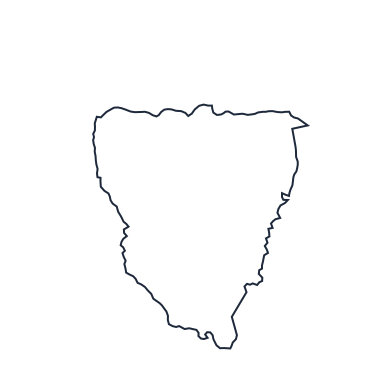 outline of Vitor Meireles, Santa Catarina, Brazil, rotated 305°
{"feature_id": "56859067B65330476099090", "entity_name": "Vitor Meireles", "entity_type": "district", "adm_level": 2, "iso_a3": "BRA", "parent_name": "Brazil", "parent_adm1": "Santa Catarina", "projection": "robinson", "projection_center": [-49.846, -26.816], "detail": "fine", "context": "isolated", "style": "outline", "palette": "slate", "viewbox_px": 384, "rotation_deg": 305, "n_neighbors": 0, "source": "geoboundaries", "source_scale": "gbopen_adm2", "svg_char_len": 2483}
<svg xmlns="http://www.w3.org/2000/svg" viewBox="0 0 384 384"><g transform="rotate(305 192 192)"><path d="M199.0,70.9L195.9,71.9L192.6,72.9L189.5,75.3L186.6,77.2L183.0,77.7L180.7,80.3L177.9,81.2L175.0,83.9L172.6,87.1L169.2,89.2L166.1,92.4L162.6,95.2L159.7,97.9L156.8,101.4L152.6,103.6L149.9,106.1L151.2,108.9L148.1,111.0L144.0,114.3L142.7,119.6L142.9,124.4L141.2,127.2L138.5,130.1L137.0,133.7L136.9,138.7L133.5,142.8L131.2,148.0L128.4,153.1L128.2,156.5L127.2,159.9L122.2,157.7L119.5,159.9L118.5,163.9L114.3,162.6L110.9,162.8L107.5,164.1L107.2,167.4L105.4,170.7L102.1,170.1L99.6,173.4L97.6,177.1L94.2,177.9L91.1,181.5L88.2,184.3L88.6,188.3L89.3,192.1L88.5,195.7L86.4,199.5L87.2,203.4L87.2,208.0L86.0,212.3L85.2,217.0L82.4,221.6L82.4,225.7L82.4,229.2L81.9,232.3L80.6,236.1L79.4,239.6L76.8,243.3L73.2,245.7L70.5,248.9L71.0,253.0L72.3,256.4L74.8,258.4L75.5,264.5L78.8,267.9L80.2,271.4L81.6,274.7L80.4,278.2L77.7,279.9L77.1,283.3L78.4,286.1L81.5,288.4L82.8,284.5L85.8,284.8L87.5,287.5L86.5,291.1L83.7,294.0L80.5,299.9L80.1,304.5L82.5,307.7L85.8,313.1L88.5,312.7L92.2,311.7L96.6,312.4L100.5,310.9L112.6,296.2L141.2,294.1L144.7,289.2L148.3,289.7L149.4,292.8L151.9,294.1L153.2,298.7L156.7,298.9L159.3,300.5L162.2,298.7L163.2,293.7L166.5,291.9L169.4,293.3L171.9,291.5L176.2,289.8L181.6,287.4L185.7,289.2L187.8,286.2L189.5,282.6L193.8,282.9L196.4,279.2L200.0,280.9L202.7,278.7L205.7,275.7L208.8,278.6L211.5,274.8L214.5,275.1L217.6,276.0L221.3,279.1L224.0,273.9L227.7,272.5L231.7,272.2L236.4,274.5L240.4,275.1L238.0,271.3L239.5,268.6L242.7,266.4L243.4,270.1L244.4,273.7L247.3,272.3L250.5,271.3L255.1,270.4L259.1,268.3L262.2,266.6L265.1,265.7L268.7,265.7L271.8,264.5L275.0,263.0L277.6,261.1L280.4,257.2L283.1,255.2L285.8,253.2L288.5,250.8L301.3,237.9L312.9,248.6L313.0,236.6L311.6,233.0L311.5,229.3L313.5,225.6L311.0,222.2L308.8,219.9L306.5,216.1L304.5,211.7L302.2,208.5L300.1,206.5L298.2,203.9L295.1,200.5L292.2,198.8L290.2,196.8L287.2,193.5L285.1,188.5L282.4,185.3L279.5,181.9L278.9,175.8L277.1,173.4L274.5,172.6L272.1,171.3L269.4,168.2L269.3,163.9L271.7,161.0L274.2,158.7L272.1,155.8L270.2,151.3L266.7,148.4L261.2,146.9L256.2,146.9L252.1,145.3L253.0,141.3L252.1,136.9L249.3,132.2L247.9,127.8L246.0,124.6L243.5,122.0L239.6,120.8L236.0,120.7L233.5,119.5L232.4,115.9L232.1,111.3L230.7,107.4L228.2,104.2L226.4,101.8L224.7,99.5L222.7,95.6L221.5,90.7L220.2,86.1L218.7,82.7L216.3,79.7L212.4,77.8L208.5,76.0L204.0,75.1L200.9,74.6L199.0,70.9Z" fill="none" stroke="#1e293b" stroke-width="2"/></g></svg>